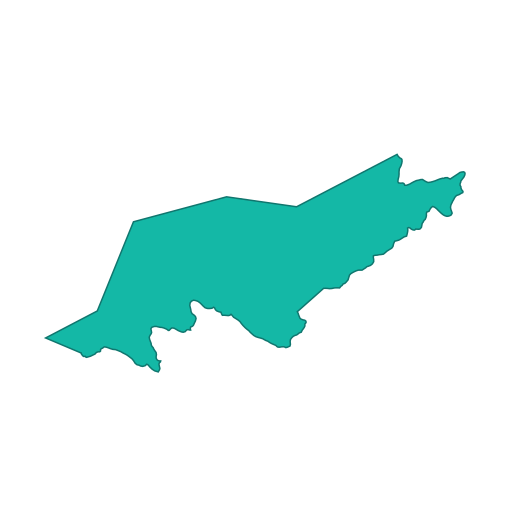 the district of Kandep District, Enga, Papua New Guinea, rotated 134°
{"feature_id": "67681753B44837730459554", "entity_name": "Kandep District", "entity_type": "district", "adm_level": 2, "iso_a3": "PNG", "parent_name": "Papua New Guinea", "parent_adm1": "Enga", "projection": "albers", "projection_center": [143.384, -5.743], "detail": "fine", "context": "isolated", "style": "filled", "palette": "teal", "viewbox_px": 512, "rotation_deg": 134, "n_neighbors": 0, "source": "geoboundaries", "source_scale": "gbopen_adm2", "svg_char_len": 4639}
<svg xmlns="http://www.w3.org/2000/svg" viewBox="0 0 512 512"><g transform="rotate(134 256 256)"><path d="M407.3,245.8L404.8,246.4L403.6,247.1L402.4,249.0L401.2,250.7L400.1,251.3L398.5,251.2L397.7,251.7L398.5,252.5L399.3,253.9L399.4,255.3L398.8,256.9L397.7,258.0L396.1,259.1L394.8,260.9L394.4,263.0L394.0,264.8L393.4,266.2L393.2,268.3L392.7,269.5L391.7,270.8L390.7,272.9L389.9,274.6L388.6,276.4L386.7,277.1L384.8,277.4L383.6,277.9L382.4,279.5L381.4,281.1L379.6,281.4L377.3,280.2L375.9,278.8L374.8,276.9L373.8,275.3L372.8,274.1L371.9,272.5L371.3,271.0L370.8,269.7L370.5,268.5L370.5,267.4L369.8,266.8L367.5,266.8L366.1,266.5L364.8,264.7L364.1,262.0L363.7,260.2L363.0,258.4L362.4,256.9L361.4,255.4L359.6,254.4L357.3,254.5L356.1,253.7L355.4,252.4L354.7,251.6L353.9,252.8L352.5,253.7L350.7,252.9L349.3,252.9L347.1,253.7L344.9,254.4L342.6,255.7L341.6,257.5L341.5,259.2L341.9,262.0L341.1,264.1L339.8,265.8L338.7,267.5L337.6,269.3L335.5,270.8L333.4,271.1L331.1,270.2L329.9,268.3L329.0,266.4L328.6,264.0L328.6,261.7L328.7,259.4L328.6,256.7L327.5,254.5L326.0,252.9L324.2,251.4L322.3,250.9L322.1,249.7L322.8,247.9L322.8,246.2L322.0,244.2L321.4,243.1L320.8,242.2L321.6,240.5L322.0,239.0L320.5,237.5L319.3,236.0L318.1,234.5L316.7,233.6L315.3,233.5L315.3,231.9L315.6,229.6L315.0,226.9L314.5,224.4L314.3,222.0L314.7,219.9L315.0,217.1L315.1,213.9L315.0,212.0L314.7,209.2L314.9,207.1L314.8,204.5L314.7,202.4L314.1,200.0L313.1,197.9L311.9,195.8L310.8,193.6L310.4,191.9L309.9,190.1L309.1,188.4L308.8,186.4L308.3,184.4L307.7,182.7L307.1,181.1L306.5,179.5L306.6,178.2L306.3,176.9L305.1,175.6L303.7,174.6L302.5,173.5L301.7,172.6L301.2,170.9L299.7,170.0L298.4,169.5L297.2,169.0L295.6,169.9L294.7,171.0L293.7,172.1L292.1,173.2L289.9,173.5L287.9,173.4L286.1,172.8L284.5,171.9L282.8,171.6L281.2,171.4L279.3,170.5L277.4,171.2L275.5,171.4L273.9,171.7L272.4,172.2L271.0,173.6L269.2,173.7L268.2,174.8L268.3,176.3L269.2,177.7L270.1,179.7L270.2,181.2L269.5,182.8L268.8,184.4L268.0,185.8L267.4,187.6L232.3,184.9L230.8,183.4L229.6,182.0L228.5,180.5L226.6,178.8L224.9,177.7L223.7,176.7L222.2,175.2L220.9,173.7L218.7,173.9L217.4,173.6L215.4,173.9L214.1,173.1L212.2,173.0L209.2,173.2L207.1,174.3L204.7,175.5L202.9,175.5L201.7,175.2L200.2,174.8L198.5,174.2L196.6,173.4L195.0,172.5L193.9,171.4L192.5,169.9L189.9,169.3L188.3,168.9L186.8,168.9L185.3,168.1L183.2,167.1L180.8,166.8L178.3,167.4L176.7,169.0L175.3,170.9L174.2,171.7L172.7,170.8L171.3,169.5L169.4,168.2L167.9,166.9L166.1,165.6L163.4,165.3L161.7,165.2L159.1,164.6L156.1,163.8L154.0,164.1L151.5,165.6L149.0,166.5L147.3,165.4L145.4,164.3L143.5,163.7L141.7,163.3L139.3,162.7L137.1,161.5L135.1,162.6L133.3,163.7L131.9,164.8L130.6,166.4L129.4,165.9L128.9,164.8L128.8,163.0L128.1,161.0L127.1,159.9L125.7,159.8L124.6,158.5L123.5,157.3L122.5,156.8L120.5,156.9L118.6,158.1L117.1,159.1L115.5,159.3L113.6,159.9L112.2,159.7L110.1,160.5L108.5,161.5L107.4,162.7L105.9,163.7L104.6,163.1L103.7,162.6L101.6,163.3L99.4,163.6L97.6,163.3L96.8,161.3L96.5,158.8L96.6,157.6L96.6,154.7L96.6,152.9L96.5,151.4L96.3,149.7L95.7,147.8L94.8,146.2L93.7,145.3L92.5,144.6L90.8,144.1L88.9,144.7L88.0,146.4L87.1,148.3L85.8,150.0L83.8,151.3L81.6,152.0L79.9,152.6L78.1,153.0L75.8,153.7L73.2,153.8L70.9,152.6L69.2,152.1L67.8,151.8L67.0,151.3L66.1,151.6L65.7,152.2L65.5,154.0L64.8,155.7L63.8,156.8L63.3,158.5L61.9,159.6L60.9,159.9L59.8,160.7L57.6,161.0L54.8,161.3L52.6,162.1L51.3,163.1L50.9,164.0L51.2,165.1L52.6,166.3L54.2,167.3L56.3,167.7L64.8,169.6L65.7,169.8L66.2,171.1L66.7,172.8L68.4,174.4L69.6,174.8L70.4,175.8L72.9,177.3L75.3,178.4L77.6,179.4L79.6,180.5L81.6,181.7L83.6,183.3L84.3,185.0L84.8,186.9L85.3,189.4L86.6,190.6L88.3,191.6L90.3,193.0L93.1,194.1L95.3,194.8L97.5,195.4L100.5,196.8L101.8,198.2L101.1,199.8L101.5,201.1L103.2,202.6L104.4,204.3L103.9,205.7L102.0,207.1L99.7,208.4L97.7,210.0L96.1,211.6L93.6,213.5L90.4,214.4L88.0,215.6L86.4,216.7L85.1,218.2L85.1,219.3L85.5,220.6L85.5,223.0L84.9,225.1L143.0,244.5L192.4,261.0L233.9,318.3L254.9,330.9L281.2,346.7L316.5,367.9L334.0,360.9L382.4,341.4L405.8,332.0L461.1,350.4L447.2,314.3L447.7,313.8L447.8,313.1L448.1,311.8L448.1,310.7L447.8,309.9L447.1,309.5L446.7,309.0L446.8,308.5L446.9,307.9L446.6,307.5L443.0,305.4L442.1,305.1L438.3,303.7L436.3,303.8L434.7,303.1L433.5,301.9L432.4,301.8L431.3,302.8L430.2,302.9L429.0,302.4L426.7,302.0L425.5,300.2L424.6,298.4L423.8,296.4L422.6,294.1L420.9,292.0L419.8,289.4L418.7,286.7L418.1,284.1L417.3,281.7L416.8,279.6L416.5,277.4L416.1,273.7L416.4,271.2L417.1,268.4L416.9,266.1L415.8,264.3L415.3,262.6L414.1,260.8L411.8,259.5L409.7,259.4L409.3,257.8L409.6,255.3L409.6,252.3L409.0,249.1L407.3,245.8Z" fill="#14b8a6" stroke="#0f766e" stroke-width="1.5"/></g></svg>